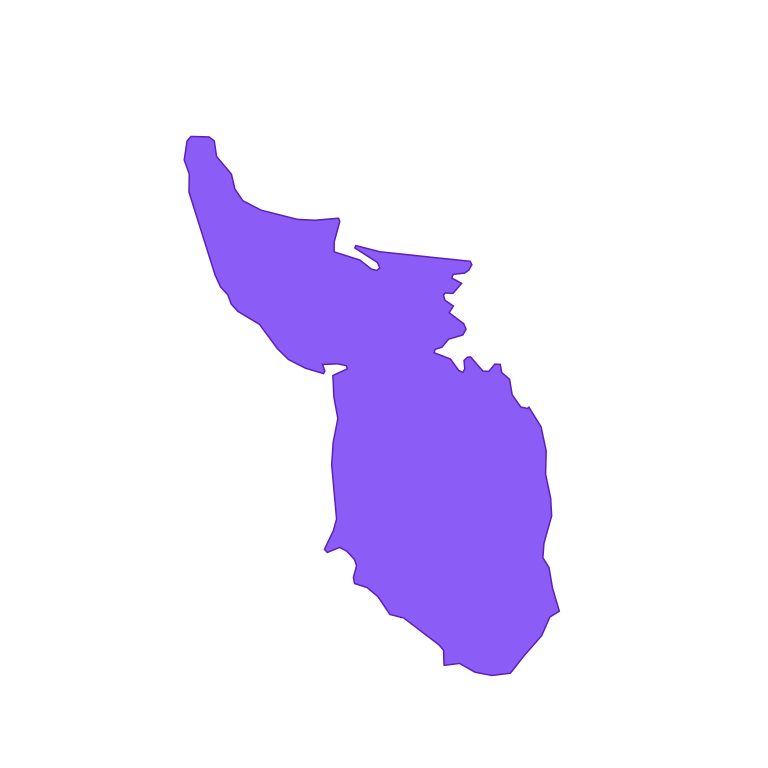 the district of Ryongyon, Hwanghae-namdo, North Korea, rotated 58°
{"feature_id": "82179303B51657859086197", "entity_name": "Ryongyon", "entity_type": "district", "adm_level": 2, "iso_a3": "PRK", "parent_name": "North Korea", "parent_adm1": "Hwanghae-namdo", "projection": "equal_earth", "projection_center": [124.917, 38.15], "detail": "fine", "context": "isolated", "style": "filled", "palette": "violet", "viewbox_px": 768, "rotation_deg": 58, "n_neighbors": 0, "source": "geoboundaries", "source_scale": "gbopen_adm2", "svg_char_len": 1676}
<svg xmlns="http://www.w3.org/2000/svg" viewBox="0 0 768 768"><g transform="rotate(58 384 384)"><path d="M480.4,273.4L480.8,275.3L475.9,280.2L461.0,281.0L446.6,275.0L436.6,278.1L429.0,275.0L425.9,279.3L428.8,288.3L425.6,293.3L406.9,296.2L405.5,299.1L406.5,303.7L414.0,307.5L416.0,311.1L411.8,313.5L398.0,314.4L384.1,324.9L383.4,324.2L381.7,322.3L383.5,315.5L380.2,305.4L384.2,291.1L380.9,285.3L375.0,284.5L358.0,291.0L354.7,283.8L345.3,287.9L340.1,286.4L339.2,283.9L343.7,277.5L339.8,264.8L330.0,270.4L327.7,267.1L332.7,256.8L332.4,251.8L329.4,246.3L325.6,245.9L301.5,276.8L269.6,317.5L251.7,334.5L253.1,336.7L277.4,325.2L283.3,326.0L283.9,330.0L279.7,333.9L266.2,338.7L245.5,356.3L237.0,350.8L223.4,336.1L222.7,335.4L219.3,334.7L208.6,355.7L198.4,370.3L171.5,396.1L153.7,406.6L139.6,407.1L125.2,402.2L102.3,405.4L87.9,399.1L81.7,401.5L74.0,413.1L71.8,416.5L73.5,422.2L88.1,434.7L102.6,437.8L117.9,447.7L202.1,469.5L215.2,471.2L225.6,469.2L235.2,471.2L243.1,469.8L244.9,469.5L267.4,458.0L297.5,455.7L312.7,452.0L329.1,442.2L343.1,429.8L341.7,427.3L334.9,425.7L342.3,412.6L348.6,406.2L351.7,407.0L349.7,422.8L367.9,433.1L374.8,435.9L388.8,441.4L406.4,457.9L424.8,471.2L473.4,495.8L481.5,504.6L484.7,509.6L492.6,522.1L496.8,521.4L499.1,508.2L505.7,504.3L517.1,502.0L523.6,503.6L531.8,512.4L537.6,514.7L547.7,506.2L561.2,501.8L582.6,501.1L592.8,491.3L634.4,475.6L641.4,474.6L654.3,482.1L654.5,482.0L661.0,468.0L676.6,459.6L688.3,447.0L696.2,430.1L688.6,409.0L681.0,383.7L669.5,366.8L669.6,355.7L646.2,349.2L627.1,341.3L615.5,341.3L603.9,332.8L584.7,311.7L569.2,303.2L546.0,294.7L526.8,282.0L503.6,273.5L480.4,273.4Z" fill="#8b5cf6" stroke="#5b21b6" stroke-width="1.5"/></g></svg>